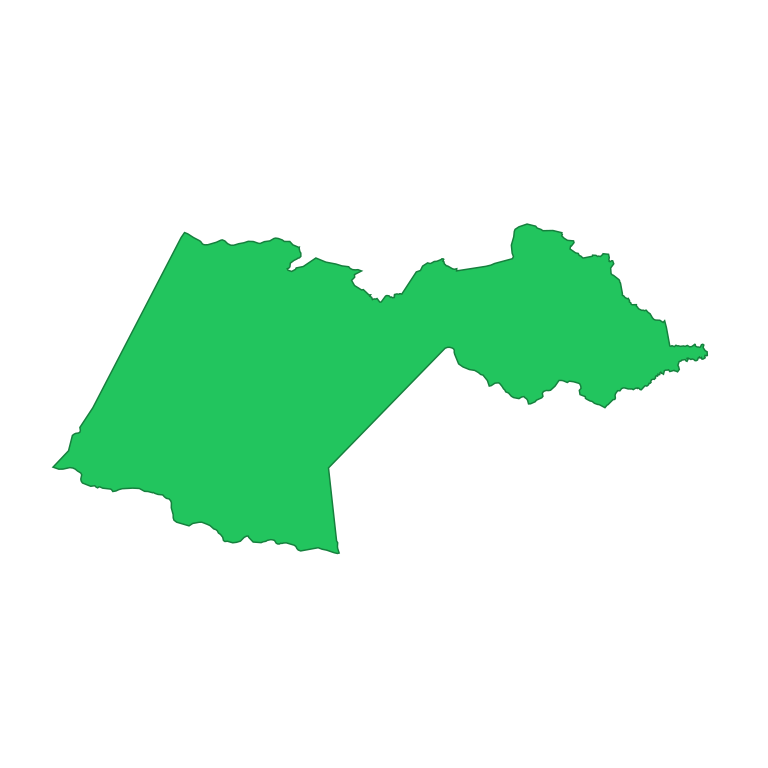 Tafí del Valle, Tucumán, Argentina, rotated 278°
{"feature_id": "61730980B13889034691247", "entity_name": "Tafí del Valle", "entity_type": "district", "adm_level": 2, "iso_a3": "ARG", "parent_name": "Argentina", "parent_adm1": "Tucumán", "projection": "orthographic", "projection_center": [-65.815, -26.661], "detail": "fine", "context": "isolated", "style": "filled", "palette": "green", "viewbox_px": 768, "rotation_deg": 278, "n_neighbors": 0, "source": "geoboundaries", "source_scale": "gbopen_adm2", "svg_char_len": 6137}
<svg xmlns="http://www.w3.org/2000/svg" viewBox="0 0 768 768"><g transform="rotate(278 384 384)"><path d="M391.3,606.1L394.1,607.8L394.7,608.7L400.3,612.9L400.9,614.7L402.3,615.1L404.7,614.4L406.6,614.6L409.9,616.3L410.1,618.6L412.5,619.9L413.5,621.6L413.6,623.1L413.1,626.4L413.6,630.4L413.1,631.6L414.7,633.5L415.2,635.1L414.9,635.7L415.4,636.0L415.2,637.1L414.1,638.5L414.1,639.6L418.3,642.5L418.7,643.0L418.5,644.3L418.9,645.1L420.3,646.2L421.5,646.3L421.9,647.6L422.9,648.2L423.5,647.7L425.5,648.4L426.3,650.0L426.2,651.0L427.8,652.1L428.5,651.7L429.7,652.2L430.2,652.8L429.8,653.5L430.1,653.9L431.8,654.0L431.4,654.9L431.7,655.7L433.5,655.8L434.2,656.3L434.1,656.8L433.2,657.4L433.3,657.9L432.6,659.4L436.2,659.8L437.0,661.1L437.1,662.4L437.7,663.8L436.1,665.3L437.9,669.4L437.5,670.0L437.4,671.3L436.9,673.0L439.5,674.4L442.2,673.3L443.4,672.4L447.2,673.1L448.3,675.1L449.0,675.4L450.0,678.5L449.8,679.3L449.0,679.7L448.6,680.9L450.9,681.7L451.6,680.6L452.0,681.5L451.0,684.5L451.7,685.7L451.3,687.6L450.4,688.8L450.6,690.0L451.4,691.1L453.6,691.6L454.6,692.6L453.8,693.0L453.8,694.0L454.4,694.6L453.0,695.2L453.0,696.3L454.4,698.2L455.1,698.3L455.7,697.8L457.0,697.9L456.9,699.8L457.3,700.2L460.9,699.5L461.7,697.4L464.1,695.3L464.9,694.9L467.1,695.3L467.7,694.2L467.1,692.9L464.7,692.2L464.2,691.4L464.4,690.5L464.2,689.3L464.9,687.1L466.4,686.7L466.6,686.3L464.0,683.7L463.3,681.6L464.4,679.0L463.1,676.9L463.4,675.5L462.5,672.1L462.8,670.2L462.5,669.4L463.0,667.7L461.4,666.3L462.0,663.8L461.3,662.9L461.5,661.7L479.2,655.8L485.7,653.1L483.8,651.8L485.5,648.3L485.1,644.0L485.6,642.1L487.0,640.5L490.6,637.7L491.7,635.5L493.6,633.3L492.8,631.5L493.2,630.4L492.8,629.0L493.8,626.0L494.5,625.0L495.3,624.5L496.1,623.2L497.7,622.9L497.0,618.6L497.5,617.6L498.8,617.0L499.4,615.6L500.8,615.5L502.8,613.9L502.3,613.2L503.1,610.8L504.7,609.0L504.9,607.8L507.0,607.4L516.9,604.1L517.9,603.2L518.9,603.0L520.0,602.2L523.6,596.0L523.7,595.0L524.9,593.5L530.4,592.3L535.0,594.8L537.8,593.3L537.8,592.4L536.6,590.8L536.8,589.9L537.6,589.9L538.5,589.3L540.4,589.5L543.7,588.3L543.5,582.8L543.0,582.8L540.4,580.6L540.5,578.6L540.0,577.8L540.9,576.0L540.6,572.6L539.5,572.6L536.6,564.2L536.5,563.3L537.9,561.4L538.5,559.4L540.3,558.2L540.5,555.5L543.6,549.4L546.6,549.6L546.6,550.3L550.4,552.5L552.1,551.8L551.8,545.7L553.4,542.1L555.5,539.3L556.8,539.8L558.1,538.8L558.6,539.0L559.5,529.9L557.9,520.0L558.9,518.0L559.7,514.0L561.4,512.2L562.3,503.4L558.4,495.7L555.4,492.3L553.3,491.8L547.9,492.0L539.2,490.8L531.4,492.7L528.3,494.4L526.9,494.1L525.8,493.4L518.7,476.7L516.6,473.3L514.7,468.5L506.1,440.1L508.3,440.0L507.4,437.8L507.6,435.9L509.7,430.6L509.7,429.2L510.6,428.3L511.3,427.1L513.5,426.2L513.8,425.2L515.8,425.8L516.2,425.0L515.9,423.7L515.3,423.4L512.9,419.3L512.3,416.7L510.0,413.7L509.7,412.7L510.0,410.3L506.1,405.8L501.5,404.3L499.5,400.4L475.5,389.1L475.7,387.7L475.5,386.8L474.9,386.2L475.0,384.3L474.1,382.0L473.4,381.8L472.8,382.3L471.7,381.9L471.1,382.1L470.6,380.3L471.2,379.4L470.7,378.4L472.0,376.7L472.0,374.5L471.3,373.3L465.7,370.3L464.6,369.5L464.5,369.0L464.6,368.3L467.7,365.2L466.9,363.8L466.9,362.4L466.0,360.8L468.1,359.7L468.9,357.7L470.4,358.3L470.1,356.7L474.6,350.4L474.0,348.7L477.4,341.1L482.1,337.5L485.7,340.1L488.2,339.5L492.8,346.0L493.6,342.3L493.0,339.6L492.9,336.8L493.8,334.3L495.2,332.7L495.1,325.9L496.1,319.7L496.6,309.5L499.3,299.0L489.1,287.7L486.7,280.9L485.2,280.4L482.6,276.9L483.3,273.1L484.7,272.1L485.6,273.7L486.9,274.5L490.6,274.4L493.9,277.7L495.8,280.5L496.4,280.9L497.2,282.7L498.8,283.9L502.1,283.4L503.5,282.2L506.6,281.1L507.6,281.1L507.4,280.8L509.1,274.4L512.0,270.9L511.3,265.4L512.5,263.2L513.4,259.0L513.4,256.4L512.8,254.8L509.8,251.0L508.3,245.7L505.9,241.8L505.9,239.8L506.9,234.8L506.4,229.7L504.3,225.5L502.7,220.6L500.5,215.9L500.1,213.0L501.2,209.6L503.5,206.5L504.2,203.9L503.8,202.6L501.0,198.2L497.4,190.2L496.9,187.3L497.0,185.8L497.5,184.6L499.5,182.7L500.2,181.5L502.5,175.0L505.4,168.7L506.2,165.4L500.8,162.7L320.0,99.0L298.7,88.9L295.7,89.8L294.1,89.6L293.0,88.4L292.2,85.6L291.3,84.2L289.7,82.6L274.0,80.9L255.6,67.8L254.4,73.8L255.1,78.1L257.5,84.5L257.5,87.6L256.7,90.2L255.2,92.6L253.7,96.1L252.0,97.3L247.8,97.0L246.6,97.3L245.4,97.9L244.0,99.2L241.9,107.8L243.0,111.7L241.8,113.3L241.3,114.9L242.3,115.9L242.6,116.9L241.7,119.9L241.9,127.9L241.4,129.0L239.8,130.4L240.8,133.5L242.5,136.1L243.9,139.4L245.9,149.6L246.5,156.3L244.4,161.8L244.7,165.3L244.1,170.1L244.5,170.6L243.8,172.4L243.2,175.6L243.4,180.3L241.7,182.3L240.5,184.4L240.3,187.2L238.7,189.0L236.8,190.0L231.8,190.6L225.3,193.4L222.1,193.9L219.9,195.0L218.3,197.9L216.4,210.7L219.3,214.0L221.3,220.0L221.8,222.7L220.5,228.3L219.6,231.4L216.8,235.6L216.4,237.8L215.5,239.3L213.4,240.8L212.3,243.0L209.8,245.6L206.7,246.8L205.9,248.4L206.5,250.8L205.7,256.3L206.7,260.0L208.4,263.7L212.6,266.8L214.2,269.0L214.5,270.7L213.2,271.5L209.3,276.4L209.8,284.4L210.9,286.2L211.8,288.9L212.9,290.2L214.1,293.4L214.2,295.0L213.9,297.3L211.3,299.5L210.8,301.1L211.0,302.7L211.9,303.9L211.9,305.1L212.6,306.8L213.1,309.3L211.9,317.4L210.9,319.3L208.9,320.7L207.7,322.1L207.1,324.7L212.7,341.6L211.8,345.6L211.5,350.3L210.0,358.1L209.7,361.5L210.4,363.1L214.7,361.0L216.6,360.5L220.4,360.2L221.9,358.9L293.2,340.7L427.9,439.5L429.2,441.9L429.5,444.0L429.1,446.7L428.4,448.1L427.2,448.9L425.2,449.1L423.4,449.8L414.3,455.1L411.9,459.8L410.2,466.5L410.1,471.9L408.5,475.9L406.9,478.4L406.6,480.8L401.8,485.9L396.6,488.5L397.3,490.4L400.3,493.8L401.1,497.2L400.6,498.5L398.1,501.2L395.8,503.1L395.0,504.4L393.2,505.6L392.4,508.6L389.6,511.8L388.6,514.2L388.3,519.7L390.3,522.1L391.0,524.4L390.1,525.4L389.2,527.2L387.8,528.5L384.4,529.9L384.8,531.9L387.5,536.2L389.2,537.2L392.3,542.1L393.9,543.1L396.8,542.1L398.1,542.6L399.2,543.6L400.2,545.6L400.4,547.9L401.0,549.8L405.7,553.7L411.9,556.8L412.2,559.0L412.2,560.9L411.0,565.3L412.6,567.1L412.6,571.5L411.8,576.9L411.2,578.0L409.1,579.2L407.0,579.7L404.9,578.3L400.8,579.6L399.5,585.1L397.8,585.5L397.0,587.3L395.9,590.4L395.7,592.6L394.2,595.0L393.5,598.3L393.5,600.1L391.3,606.1Z" fill="#22c55e" stroke="#15803d" stroke-width="1.5"/></g></svg>